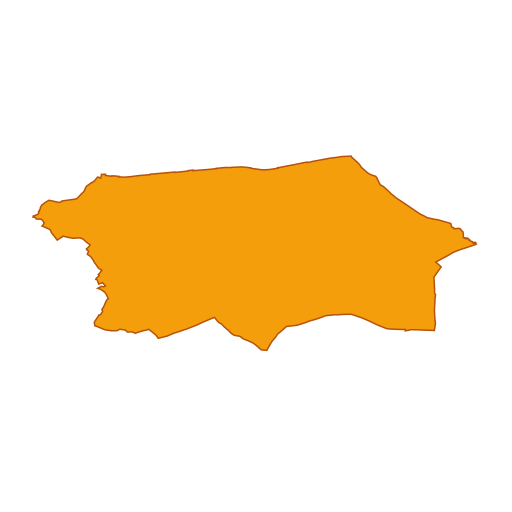 outline of Biķernieku pag., Daugavpils, Latvia, rotated 177°
{"feature_id": "27541924B40947468766186", "entity_name": "Biķernieku pag.", "entity_type": "district", "adm_level": 2, "iso_a3": "LVA", "parent_name": "Latvia", "parent_adm1": "Daugavpils", "projection": "equal_earth", "projection_center": [26.875, 55.973], "detail": "fine", "context": "isolated", "style": "filled", "palette": "amber", "viewbox_px": 512, "rotation_deg": 177, "n_neighbors": 0, "source": "geoboundaries", "source_scale": "gbopen_adm2", "svg_char_len": 5786}
<svg xmlns="http://www.w3.org/2000/svg" viewBox="0 0 512 512"><g transform="rotate(177 256 256)"><path d="M35.4,256.3L36.0,257.0L35.9,257.4L35.8,257.8L36.0,257.9L36.4,257.7L36.3,258.1L36.6,258.2L36.8,258.2L36.8,257.6L37.0,257.5L37.4,257.6L37.6,257.9L37.7,258.0L38.1,257.7L38.5,257.7L38.9,257.8L39.1,257.9L39.0,258.2L38.8,258.4L39.2,258.7L39.2,259.0L40.3,259.5L41.1,259.6L41.3,260.0L41.6,260.4L41.6,260.7L42.0,260.8L42.2,260.6L42.6,260.7L42.7,261.0L42.4,261.4L42.8,262.0L43.1,262.3L43.7,262.4L44.4,262.2L44.6,262.4L44.3,262.8L44.5,263.1L45.0,262.9L45.3,262.5L46.0,262.4L46.4,262.6L46.3,263.1L46.5,263.3L47.1,263.1L48.0,263.8L47.8,266.1L47.8,267.2L48.1,269.2L48.2,269.5L49.8,271.0L50.0,271.2L50.0,271.5L50.1,271.9L50.3,272.3L51.5,272.9L52.0,272.9L52.5,273.1L53.4,272.9L55.3,272.9L56.4,272.9L56.7,272.9L56.9,273.0L57.0,273.1L57.0,273.3L57.0,273.6L57.9,274.3L58.4,274.3L58.6,274.5L59.1,275.0L59.3,275.3L59.3,275.5L59.5,276.7L59.6,277.1L59.7,278.2L59.8,278.3L70.8,282.1L71.5,282.3L72.4,282.6L73.2,282.8L73.9,283.0L74.7,283.1L76.4,283.5L82.3,285.1L83.2,285.4L86.5,287.5L89.6,289.1L92.4,291.2L94.3,292.6L102.8,299.1L106.7,302.0L113.6,307.2L115.0,308.6L116.1,309.6L117.6,310.8L119.0,312.4L119.6,313.1L125.0,318.6L128.1,320.6L129.1,322.5L130.9,326.8L130.9,327.3L131.7,328.3L132.2,329.3L135.7,330.6L138.7,332.1L140.7,333.7L146.2,339.1L147.7,341.7L149.3,343.7L151.5,345.9L154.6,349.0L154.8,349.0L155.1,349.4L155.7,350.8L165.4,350.8L170.0,350.3L177.1,349.8L194.0,347.6L197.7,346.9L199.8,346.6L200.0,347.1L202.7,346.8L203.9,346.6L208.1,346.0L212.1,345.4L216.3,344.8L219.4,344.4L227.7,343.2L229.8,343.1L229.6,342.5L237.6,341.7L243.0,341.6L245.6,341.8L256.7,343.9L256.6,344.3L259.9,344.9L263.3,345.4L265.4,345.7L274.7,345.8L277.4,345.7L282.3,346.0L284.8,345.9L291.1,345.6L291.0,345.3L299.8,344.9L314.4,344.5L314.2,345.1L319.6,344.8L319.7,344.4L332.7,343.7L332.7,344.1L348.8,343.5L357.5,343.2L357.5,342.8L366.8,342.5L367.8,342.5L377.3,341.8L382.6,341.6L388.9,342.2L388.8,342.7L390.4,342.8L390.9,343.1L395.7,343.6L395.8,343.2L397.1,343.4L400.0,343.9L402.2,344.3L401.9,345.4L403.4,345.7L404.0,345.4L406.0,345.7L406.7,342.9L406.9,342.2L407.0,342.0L407.7,342.0L408.7,342.8L410.1,343.1L413.1,339.8L413.6,339.3L414.9,338.6L415.1,338.4L416.1,337.7L416.4,337.9L417.8,337.0L418.2,336.7L419.5,335.9L420.9,335.0L421.5,334.6L422.1,334.0L422.3,333.6L422.9,332.5L423.3,331.5L423.9,330.3L424.2,329.9L424.9,329.1L425.1,328.8L425.8,328.2L426.2,328.0L426.7,327.6L427.0,327.4L427.0,327.2L427.8,326.5L428.4,325.9L429.3,325.1L430.1,324.2L430.6,323.8L431.4,323.2L431.7,322.9L431.9,322.7L432.4,322.4L447.0,321.1L447.6,320.3L449.9,319.8L459.7,322.5L461.9,321.5L462.9,320.9L463.8,320.4L464.5,320.0L465.7,319.0L466.8,318.5L467.3,318.1L467.5,317.6L468.1,316.9L468.4,316.2L468.8,315.7L468.8,315.1L469.1,314.3L469.4,313.7L469.9,313.2L469.9,312.8L469.9,312.7L470.1,312.6L470.1,312.4L470.0,312.1L470.7,311.7L470.8,311.5L470.9,311.3L470.8,311.0L470.7,310.7L471.0,309.6L472.7,308.7L473.2,308.5L476.5,307.5L476.6,306.7L476.6,306.4L474.8,306.2L474.7,306.1L473.5,304.5L473.4,304.4L469.8,304.1L468.6,304.0L466.9,302.3L466.7,301.7L466.2,300.9L465.8,300.1L467.8,297.2L468.0,297.1L465.1,295.7L461.3,293.7L460.6,293.3L459.6,291.8L459.5,291.2L459.1,290.0L459.0,289.9L457.2,287.3L457.1,287.2L456.2,286.0L453.7,282.3L450.1,284.4L447.4,285.9L444.9,285.1L443.2,284.7L442.8,284.5L440.2,283.8L437.7,283.3L432.0,283.4L429.0,282.7L426.9,281.1L425.5,279.6L424.7,278.8L421.1,275.8L421.9,274.6L423.1,273.4L425.0,272.0L424.9,271.2L424.6,271.2L422.9,269.6L424.4,266.6L421.3,264.2L418.6,260.2L418.3,259.3L418.1,259.3L417.6,257.6L417.0,257.1L414.4,252.7L413.1,251.4L410.7,249.9L413.5,246.6L414.5,245.8L413.6,244.6L416.7,242.1L417.2,241.0L415.9,240.6L414.6,236.2L410.6,237.4L407.9,233.9L409.7,233.2L412.1,233.8L415.8,232.0L412.6,230.7L409.8,228.4L408.7,227.5L407.2,224.8L406.5,223.0L406.0,221.7L405.7,221.1L407.3,220.0L408.2,218.5L410.6,213.6L411.5,212.3L412.7,210.6L412.0,208.8L414.2,205.8L414.3,205.6L414.5,205.5L414.8,205.6L416.1,205.2L416.2,204.8L420.9,198.5L420.9,196.9L420.7,196.1L420.6,194.7L419.1,194.2L410.7,190.2L407.2,189.5L404.1,189.0L404.1,188.9L398.4,188.7L398.0,189.0L396.1,189.9L395.9,190.0L395.7,190.0L390.5,188.9L388.4,186.8L384.3,186.7L383.9,186.7L380.4,185.1L379.2,185.6L378.5,185.8L377.7,186.1L376.4,186.3L376.0,186.4L375.9,186.5L375.4,186.6L374.4,186.8L373.9,186.9L373.7,186.9L372.9,187.2L372.0,187.4L370.8,187.5L368.9,187.9L367.9,188.1L367.5,188.3L367.2,188.5L365.3,187.0L359.8,182.0L359.5,181.4L357.9,178.9L352.5,180.0L349.2,180.6L342.0,183.2L336.6,184.6L329.2,186.7L319.8,189.8L317.4,190.6L317.2,190.9L305.9,195.1L300.7,196.9L297.5,192.4L297.2,192.1L295.5,190.7L295.1,190.4L294.0,190.0L293.2,189.0L291.7,187.2L289.7,185.2L289.4,184.8L289.2,184.7L287.7,183.4L285.7,181.1L285.3,180.5L282.1,178.0L276.5,176.7L274.9,175.7L275.0,175.5L273.3,174.1L271.8,173.3L270.3,172.7L267.8,171.5L265.2,170.2L263.0,168.9L261.2,167.3L260.8,167.0L259.5,165.8L258.1,164.3L255.6,162.0L250.1,161.2L249.3,162.6L244.9,169.4L243.7,170.8L240.3,174.4L238.5,176.9L235.6,179.0L233.0,181.0L229.3,184.0L229.1,184.0L218.4,184.7L217.1,185.1L214.3,185.8L213.6,186.1L213.2,186.1L209.7,187.0L206.9,188.0L204.1,188.7L200.8,189.4L196.6,190.5L195.0,191.0L189.7,192.7L181.0,193.2L177.2,193.0L171.3,193.1L163.8,192.8L159.2,191.0L157.5,190.2L154.6,189.2L147.6,185.8L137.8,180.5L129.0,176.5L120.8,175.5L110.7,174.8L110.9,173.5L109.2,173.6L106.7,174.0L105.7,174.2L104.5,174.3L99.1,173.9L96.3,173.6L81.8,172.3L80.3,179.4L80.6,182.7L80.7,191.6L80.6,193.3L80.4,195.0L80.2,196.4L80.1,198.0L79.7,200.6L79.7,202.4L79.7,202.6L78.7,208.1L79.5,209.4L79.6,210.3L79.4,213.4L79.4,225.6L71.7,235.4L74.8,238.6L76.8,240.5L71.1,243.2L70.9,243.3L66.0,245.6L62.4,247.4L58.9,249.3L52.7,251.4L50.1,252.1L39.9,254.9L35.8,256.1L35.4,256.3Z" fill="#f59e0b" stroke="#b45309" stroke-width="1.5"/></g></svg>